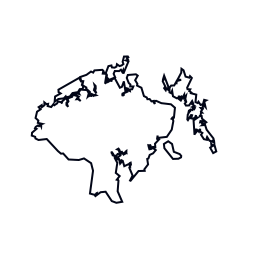 the district of Mkoani, Kusini-Pemba, United Republic of Tanzania, rotated 203°
{"feature_id": "72390352B13842693360807", "entity_name": "Mkoani", "entity_type": "district", "adm_level": 2, "iso_a3": "TZA", "parent_name": "United Republic of Tanzania", "parent_adm1": "Kusini-Pemba", "projection": "orthographic", "projection_center": [39.684, -5.384], "detail": "fine", "context": "isolated", "style": "outline", "palette": "ink", "viewbox_px": 256, "rotation_deg": 203, "n_neighbors": 0, "source": "geoboundaries", "source_scale": "gbopen_adm2", "svg_char_len": 5925}
<svg xmlns="http://www.w3.org/2000/svg" viewBox="0 0 256 256"><g transform="rotate(203 128 128)"><path d="M143.5,75.0L137.4,52.8L133.6,53.3L131.9,53.9L131.8,54.5L131.4,54.7L131.6,55.0L131.5,55.7L131.4,55.8L131.3,54.7L132.2,53.1L131.4,52.6L128.1,58.2L123.7,60.6L114.4,54.4L109.5,54.6L104.5,57.8L112.8,65.7L116.2,75.8L117.2,76.7L117.4,76.1L118.1,76.0L116.9,80.5L121.7,81.9L124.2,91.7L128.5,95.2L129.2,97.0L131.4,96.9L131.8,98.2L132.9,98.1L134.1,99.8L131.6,98.4L131.0,97.3L129.4,97.5L128.3,96.0L127.4,100.0L125.1,100.6L127.4,103.5L127.8,104.7L128.3,104.8L129.0,104.1L129.6,104.1L128.7,105.3L127.5,104.6L125.7,102.4L124.3,103.7L121.8,102.1L121.7,103.5L121.0,104.1L119.9,104.3L121.0,105.3L120.5,106.2L119.7,104.2L121.7,101.9L125.0,103.0L124.2,99.9L126.6,96.0L124.8,94.5L125.7,96.4L124.3,96.1L121.3,92.1L120.5,94.7L122.4,95.8L120.0,95.7L116.5,91.4L113.3,95.0L111.4,94.1L112.6,96.4L112.0,97.1L111.0,95.5L111.3,92.0L105.2,86.0L105.6,80.5L105.0,80.5L101.5,92.5L95.9,95.1L96.8,96.4L95.3,102.3L98.2,107.0L97.3,107.9L97.5,111.7L95.0,114.5L93.8,118.5L97.9,119.5L98.1,118.1L99.6,117.0L100.1,116.9L102.3,119.7L102.0,120.4L101.8,120.4L101.0,119.7L101.1,120.6L100.1,121.4L101.0,119.6L102.1,119.7L100.0,117.0L98.6,118.9L99.7,119.4L97.4,120.0L97.7,121.2L96.9,120.0L95.3,120.9L97.0,124.1L95.0,129.5L97.0,129.4L97.8,132.6L96.2,129.5L95.7,131.1L88.8,135.0L87.1,143.6L89.0,152.2L90.8,154.2L91.4,153.5L91.5,153.5L91.2,154.7L90.1,153.8L89.8,155.6L92.7,165.0L97.7,166.6L107.0,163.9L112.8,164.0L114.8,162.4L113.7,162.3L112.7,160.6L114.8,162.0L115.1,162.9L116.8,161.7L119.4,163.1L121.4,162.1L122.6,163.4L125.8,163.6L131.4,170.3L136.3,170.6L136.6,172.3L140.1,174.8L139.5,180.0L141.7,180.5L148.9,176.7L148.7,173.6L144.9,169.7L142.8,169.0L142.2,167.1L139.3,168.3L139.3,165.3L141.5,164.1L140.7,162.8L142.9,162.9L142.6,161.3L146.3,157.4L145.8,156.1L145.0,156.5L144.8,156.5L144.8,156.0L144.9,156.4L145.3,156.0L145.8,155.9L146.2,156.2L146.5,157.5L143.7,160.7L143.7,164.2L145.2,164.0L145.3,161.7L150.0,169.3L149.7,163.5L151.2,161.9L159.7,168.7L161.8,166.3L161.6,164.9L164.1,164.2L163.8,163.4L164.3,162.7L165.5,163.7L165.4,162.8L166.2,162.4L165.8,161.7L166.1,161.6L166.0,160.9L166.7,159.8L166.4,162.7L167.1,162.3L168.7,168.7L171.4,169.8L171.1,168.7L172.5,168.2L173.1,171.1L174.4,171.5L181.4,167.9L181.7,165.4L184.1,165.5L187.0,160.7L191.9,156.3L189.5,153.0L187.5,153.6L186.8,149.6L182.2,149.0L181.9,147.9L177.2,146.3L175.8,143.0L174.5,145.1L173.4,145.1L172.3,144.3L171.8,145.3L171.5,145.6L171.0,145.8L170.2,145.7L172.4,144.2L174.5,144.8L174.2,143.2L176.0,142.7L177.0,143.6L176.5,142.8L177.2,141.2L177.7,144.7L180.5,146.9L186.7,144.8L187.3,141.1L186.1,140.2L189.9,139.8L191.0,138.3L185.5,137.6L186.6,134.6L185.4,135.7L182.1,134.3L185.3,135.1L186.6,134.4L186.1,137.2L187.0,137.6L191.6,137.1L191.6,134.9L195.2,131.5L193.2,129.2L193.9,126.6L191.4,124.1L193.7,125.2L194.5,127.2L193.9,128.9L196.7,131.5L199.3,126.2L198.7,125.5L199.5,124.6L199.2,125.7L202.7,125.1L202.9,122.9L204.7,120.2L205.9,121.0L206.9,117.3L210.5,116.8L211.0,119.0L212.3,118.1L215.0,118.9L213.8,116.3L215.5,113.4L216.4,115.3L218.4,112.3L215.8,111.0L218.1,107.5L217.0,101.1L213.4,99.8L213.0,97.5L208.5,98.3L210.2,96.6L210.0,96.2L209.4,96.4L208.7,96.1L208.5,95.5L209.5,96.4L210.6,94.9L211.8,95.3L213.4,92.9L213.5,91.4L211.9,91.4L214.5,86.2L213.6,83.4L210.0,83.6L209.1,82.2L205.7,82.0L198.5,86.1L183.5,79.4L179.7,78.2L177.7,79.2L170.4,75.8L160.8,79.3L156.6,82.8L148.2,81.2L143.5,75.0ZM174.2,151.1L170.6,147.5L174.2,149.6L174.2,152.5L175.8,154.7L174.2,154.0L173.1,151.6L174.2,151.1ZM53.8,147.4L50.4,148.0L50.2,148.4L51.7,150.0L51.7,150.7L48.3,148.3L43.0,148.4L43.6,149.5L45.5,148.8L44.4,150.5L45.3,151.8L55.0,157.2L58.2,160.9L60.7,159.6L59.2,162.2L62.3,160.7L61.4,161.7L62.3,162.3L63.8,161.4L64.0,162.7L59.5,164.3L63.5,165.5L64.9,167.8L67.1,166.8L66.1,168.0L66.8,170.7L65.8,171.1L67.3,171.8L66.7,174.6L68.2,174.5L68.8,174.8L66.8,175.5L68.1,177.9L67.5,178.7L64.8,177.5L68.2,182.2L66.8,184.0L68.9,183.7L68.3,179.4L70.2,177.6L73.4,179.7L73.6,178.2L76.0,178.2L78.2,185.4L83.6,184.6L83.5,185.4L86.0,185.9L85.8,187.9L88.4,187.0L89.3,188.2L88.8,199.0L91.2,200.0L91.2,198.3L95.1,197.8L99.4,202.8L101.9,203.4L100.6,199.7L101.3,191.7L97.9,193.1L101.5,190.2L100.5,187.2L101.6,189.6L102.1,185.2L104.9,183.9L105.5,181.3L103.7,177.0L101.9,176.9L101.9,179.5L99.0,174.8L94.7,174.4L93.3,175.8L93.8,177.6L92.7,176.2L90.6,178.6L92.3,174.5L90.1,173.9L89.3,180.5L88.2,177.9L87.3,180.5L86.1,174.6L85.7,176.1L84.6,174.8L85.3,172.7L83.4,171.3L80.6,172.6L79.5,177.9L77.6,176.0L78.2,175.0L75.2,174.3L76.9,172.5L74.3,172.6L74.4,171.1L75.9,171.1L75.7,169.7L77.6,169.5L78.7,167.7L78.4,166.1L77.7,168.0L76.6,168.1L77.8,167.4L78.2,163.6L76.7,159.0L75.9,158.6L75.0,164.6L74.0,164.8L73.6,161.6L71.9,161.9L70.3,163.9L70.5,166.4L69.5,164.2L67.8,165.0L70.6,160.6L64.1,147.7L64.9,154.0L63.4,151.3L62.8,153.2L61.2,152.3L61.3,155.4L60.1,152.9L57.6,152.5L58.1,150.3L53.8,147.4ZM205.8,123.5L203.4,127.5L198.7,130.2L197.7,132.8L197.0,132.1L193.9,134.2L192.7,138.5L188.1,141.5L187.6,144.9L185.0,146.3L185.4,148.7L187.3,149.6L187.7,153.4L189.4,152.5L192.6,155.0L207.0,136.1L205.9,133.9L203.5,133.5L207.4,128.5L205.8,123.5ZM166.6,164.0L165.0,164.2L165.3,165.5L164.1,165.0L159.6,169.6L162.4,172.3L162.4,175.3L158.4,176.9L157.3,178.9L155.3,177.4L155.1,179.3L153.5,176.2L153.6,189.5L156.3,189.4L154.8,190.9L156.2,191.8L155.3,193.2L156.1,193.8L159.6,192.2L158.8,186.8L157.2,185.1L158.3,183.1L160.0,181.7L163.1,182.4L162.6,180.0L163.9,178.3L166.5,177.5L167.7,179.1L170.2,177.3L169.9,169.9L168.1,168.5L166.6,164.0ZM74.5,117.1L69.6,119.4L67.7,121.7L68.1,123.1L70.2,124.2L76.5,124.0L81.2,130.5L85.8,131.5L88.7,127.3L86.6,123.6L74.5,117.1ZM108.1,177.5L108.3,179.5L106.1,178.9L107.2,182.0L115.2,190.3L114.8,186.6L113.4,186.5L114.5,186.0L114.3,184.6L108.8,179.8L108.4,178.6L110.2,179.4L110.3,178.8L108.1,177.5ZM44.7,142.0L39.8,138.2L37.6,140.9L42.2,146.7L42.8,144.9L45.2,146.0L43.8,143.5L44.7,142.0Z" fill="none" stroke="#020617" stroke-width="2"/></g></svg>